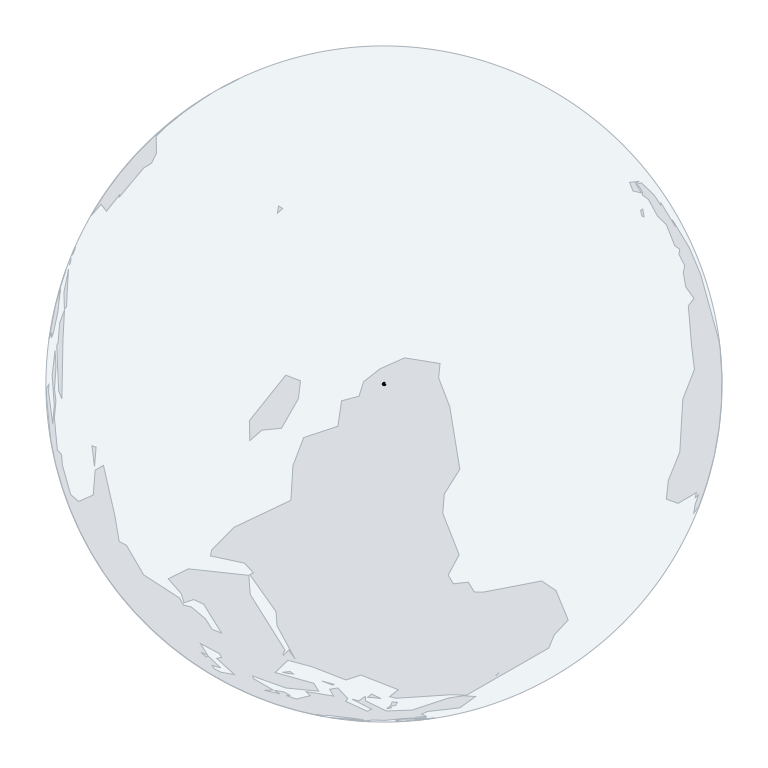 Butha-Buthe highlighted on a globe, orthographic projection, rotated 194°
{"feature_id": "LSO-1211", "entity_name": "Butha-Buthe", "entity_type": "District", "adm_level": 1, "iso_a3": "LSO", "parent_name": "Lesotho", "parent_adm1": "", "projection": "orthographic", "projection_center": [28.556, -28.822], "detail": "fine", "context": "on_globe", "style": "filled", "palette": "ink", "viewbox_px": 768, "rotation_deg": 194, "n_neighbors": 0, "source": "natural_earth", "source_scale": "10m", "svg_char_len": 5220}
<svg xmlns="http://www.w3.org/2000/svg" viewBox="0 0 768 768"><g transform="rotate(194 384 384)"><circle cx="384" cy="384" r="338" fill="#eef3f6" stroke="#a8b0b8"/><path d="M48.9,340.3L48.9,341.1L52.2,333.7L53.0,342.6L52.0,352.5L54.5,349.1L54.6,354.1L69.9,339.3L82.2,340.6L84.8,359.0L80.5,389.5L90.4,441.7L86.3,473.3L94.6,495.0L107.6,533.4L103.9,542.0L114.7,551.2L120.5,564.3L120.8,571.6L129.1,581.1L129.7,586.4L135.3,588.5L148.6,607.0L159.2,613.1L172.0,627.0L179.0,630.0L179.3,632.1L182.9,636.2L187.4,639.0L182.9,641.4L167.6,632.7L158.9,624.7L159.1,626.7L139.2,607.1L144.0,613.2L120.7,590.1L103.1,566.6L69.6,507.3L66.5,499.7L58.3,474.0L52.1,447.7L48.1,421.1L46.2,394.1L46.5,367.2L48.9,340.3ZM194.4,639.1L185.3,642.4L188.5,639.8L180.5,631.7L189.1,631.5L194.4,639.1ZM175.3,616.4L172.1,609.2L174.3,609.3L177.0,614.4L175.3,616.4ZM353.5,47.5L355.4,47.3L342.6,49.6L332.3,51.2L330.4,50.4L315.5,53.1L316.3,52.9L353.5,47.5ZM694.0,249.5L694.3,250.3L708.4,289.9L710.5,298.2L709.0,302.4L707.7,295.6L695.8,265.2L698.7,283.2L708.0,311.9L711.3,337.0L706.5,321.7L702.5,299.4L698.2,288.1L695.6,271.2L685.0,241.0L679.8,237.6L676.7,228.0L661.3,200.9L651.9,196.1L639.3,205.9L643.4,230.6L636.5,237.1L613.6,191.7L602.9,167.2L594.9,165.2L571.1,140.7L530.8,126.9L524.9,120.9L517.3,121.1L500.6,113.0L491.4,104.3L481.3,103.0L505.8,126.8L516.5,128.8L525.2,123.3L530.0,131.6L546.2,142.8L529.1,157.3L468.9,165.6L462.8,147.3L415.6,101.8L416.8,97.8L416.6,97.3L416.0,96.5L412.0,102.9L403.8,95.7L429.3,123.6L433.7,137.0L468.1,166.6L464.9,169.1L475.9,176.4L510.8,175.2L511.0,181.4L494.7,208.8L446.2,248.6L452.6,282.7L448.9,312.7L418.5,331.8L421.1,357.4L405.3,366.1L404.3,381.3L391.6,397.7L370.4,414.3L334.6,417.4L332.4,403.0L314.6,377.7L289.8,319.6L298.9,291.8L295.7,272.7L269.8,236.5L275.5,214.1L268.5,206.9L254.2,212.1L246.1,204.0L237.5,206.0L183.4,231.0L167.2,225.2L148.2,199.6L158.1,181.9L160.2,167.7L228.7,102.0L242.9,99.0L296.3,82.0L302.9,82.0L296.2,90.8L336.0,96.0L349.3,87.6L385.8,92.3L410.4,92.6L419.9,77.7L379.7,76.6L373.1,70.2L405.7,65.3L440.9,68.9L439.5,66.6L417.6,60.2L426.0,57.9L410.1,58.2L416.3,60.3L406.4,61.0L400.2,59.2L403.4,58.1L392.9,57.1L380.2,63.7L385.1,66.7L357.4,69.0L362.9,74.6L355.3,77.9L343.0,70.0L344.5,66.9L321.3,62.4L317.2,65.5L338.8,70.5L331.9,70.5L326.6,76.4L325.2,72.1L302.7,67.3L277.9,74.4L245.6,94.8L231.3,100.8L219.6,102.9L232.1,88.1L262.7,76.7L267.6,72.8L262.0,71.6L271.8,68.7L273.3,67.3L284.9,63.9L301.9,57.8L313.9,55.2L321.2,52.3L328.3,50.9L321.9,52.7L323.9,53.2L353.6,49.6L359.5,48.7L361.9,47.5L369.8,47.2L368.3,46.6L385.7,46.2L363.2,46.7L363.4,46.7L387.7,46.1L412.0,47.2L436.1,50.1L460.0,54.7L483.4,61.0L506.4,69.0L528.7,78.6L550.2,89.8L571.0,102.5L590.7,116.7L609.4,132.2L626.9,149.1L643.1,167.1L658.0,186.3L671.5,206.5L683.6,227.6L694.0,249.5ZM204.9,127.6L203.0,131.6L202.9,131.7L204.9,127.6ZM478.4,82.6L499.3,87.8L489.4,78.0L496.6,79.5L490.6,76.1L488.6,77.4L473.8,69.0L482.6,69.4L479.8,66.6L472.6,64.9L458.8,65.9L479.9,77.3L475.4,79.4L478.4,82.6ZM270.1,65.9L273.8,64.7L269.0,66.7L253.9,72.5L260.7,69.4L270.1,65.9ZM290.9,59.2L284.7,61.1L291.5,60.4L287.7,62.3L261.9,70.5L272.4,66.4L268.2,67.4L280.2,62.9L281.7,61.9L290.9,59.2ZM310.8,78.0L315.9,77.5L324.1,76.1L320.9,80.2L310.8,78.0ZM295.1,74.6L299.8,73.3L299.2,77.5L293.9,78.4L295.1,74.6ZM302.9,69.5L300.1,72.9L298.4,71.6L302.9,69.5ZM326.4,51.9L331.5,51.0L331.8,51.2L328.8,52.0L326.4,51.9ZM412.8,79.7L405.5,82.3L401.8,80.8L405.1,80.1L412.8,79.7ZM360.8,79.4L372.5,80.8L359.8,80.5L360.8,79.4ZM528.7,524.1L529.4,531.2L524.8,529.7L528.7,524.1ZM505.7,315.9L481.4,368.8L465.8,366.8L463.5,349.1L472.8,316.2L491.3,309.7L500.5,296.7L505.7,315.9ZM717.2,434.3L716.6,441.5L716.3,442.7L717.2,434.3ZM718.1,423.4L718.0,430.4L717.6,425.4L718.1,423.4ZM717.8,433.2L717.6,437.3L717.6,437.9L717.2,440.3L717.8,433.2ZM717.9,419.1L713.4,395.2L710.7,382.4L712.2,379.3L716.7,395.4L717.9,419.1ZM711.9,378.5L706.5,350.5L693.0,291.7L698.0,298.6L710.8,342.1L710.2,345.2L713.5,364.8L711.9,378.5ZM721.9,381.9L721.6,386.0L720.8,397.9L719.1,383.6L717.9,375.6L717.2,354.7L717.7,348.5L718.9,353.5L719.9,346.7L721.9,381.9ZM644.9,233.8L652.4,253.4L648.1,253.0L644.9,233.8ZM602.8,641.5L598.7,644.9L601.3,642.5L613.9,631.6L609.0,636.1L602.8,641.5ZM622.6,623.3L630.7,614.6L646.6,596.4L646.0,596.6L651.9,589.9L648.4,593.4L658.0,580.8L665.0,569.4L660.6,552.9L663.0,542.1L669.6,535.2L686.2,501.0L686.1,504.2L695.1,484.5L701.9,489.9L709.0,476.4L708.0,480.1L700.3,502.9L691.1,525.1L680.2,546.6L667.9,567.2L654.2,587.0L639.1,605.7L622.6,623.3ZM715.3,450.6L715.3,450.3L715.4,449.9L715.3,450.6ZM720.9,410.5L720.2,417.8L720.4,414.1L721.5,399.1L721.8,393.0L720.9,410.5Z" fill="#d9dde1" stroke="#a8b0b8" stroke-width="1"/><path d="M384.4,382.5L384.5,382.6L384.6,382.8L384.7,383.1L385.0,383.2L385.1,383.3L385.2,383.6L385.4,383.6L385.4,384.0L385.4,384.3L385.2,384.4L385.0,384.5L384.8,384.8L384.7,385.1L384.6,385.3L384.4,385.3L384.2,385.3L384.0,385.2L383.9,385.3L383.8,385.5L383.7,385.5L383.7,385.4L383.6,385.2L383.7,384.8L383.7,384.7L383.7,384.4L383.4,384.3L383.3,384.2L383.2,384.1L382.9,383.9L382.7,383.9L382.4,383.8L382.4,383.7L382.4,383.4L382.5,383.3L382.8,383.3L382.9,383.2L383.0,383.0L383.1,382.8L383.9,382.8L384.0,382.7L384.3,382.5L384.4,382.5Z" fill="#0f172a" stroke="#020617" stroke-width="1.5"/></g></svg>